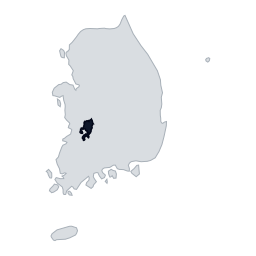 location of Wanju-gun, North Jeolla, South Korea
{"feature_id": "91817680B60221740281290", "entity_name": "Wanju-gun", "entity_type": "district", "adm_level": 2, "iso_a3": "KOR", "parent_name": "South Korea", "parent_adm1": "North Jeolla", "projection": "orthographic", "projection_center": [127.185, 35.873], "detail": "fine", "context": "in_parent", "style": "filled", "palette": "ink", "viewbox_px": 256, "rotation_deg": 0, "n_neighbors": 0, "source": "geoboundaries", "source_scale": "gbopen_adm2", "svg_char_len": 4711}
<svg xmlns="http://www.w3.org/2000/svg" viewBox="0 0 256 256"><path d="M68.2,50.5L69.3,49.7L69.3,48.6L69.4,44.9L72.2,42.3L76.3,37.1L78.3,34.2L80.6,31.5L83.3,29.7L85.8,28.8L89.9,28.5L97.7,28.8L99.2,28.5L104.6,28.2L105.9,28.6L109.8,28.9L114.2,28.5L116.4,27.7L118.4,26.4L120.1,24.0L121.9,19.5L123.8,16.0L125.0,15.4L133.2,33.8L141.0,45.7L147.7,54.3L157.4,70.8L160.4,79.7L160.8,85.2L162.5,92.8L161.3,97.2L161.8,104.1L161.3,107.7L160.2,110.3L160.3,115.3L160.7,118.0L160.8,121.5L161.6,122.9L162.7,123.4L164.4,122.1L166.5,121.5L166.3,125.8L164.0,136.6L161.9,144.6L159.0,151.5L155.2,157.8L150.6,160.4L147.4,161.3L141.1,161.7L135.9,160.8L131.4,161.6L129.6,162.9L128.3,165.2L129.4,168.6L129.3,171.2L127.3,171.0L123.5,169.6L119.3,169.4L117.3,168.7L115.3,165.1L113.3,165.2L109.8,167.4L104.4,167.9L102.5,169.1L101.8,170.6L102.6,172.6L105.4,175.1L104.5,177.6L101.6,178.9L99.3,175.8L97.9,172.7L96.3,172.6L93.8,173.4L93.3,176.8L94.5,179.0L96.4,181.7L93.7,184.7L93.0,186.8L91.1,188.4L85.9,185.0L86.7,182.5L88.9,180.2L89.2,177.7L88.5,176.3L81.1,182.4L76.5,189.4L74.1,188.9L73.0,187.1L71.6,186.3L66.7,190.8L65.7,194.4L63.9,194.5L63.1,193.0L63.1,189.8L62.3,187.0L57.2,183.0L54.9,179.5L56.2,177.6L60.4,178.7L63.8,178.6L63.1,176.9L62.0,176.1L64.3,175.2L66.2,173.3L64.6,172.8L62.2,173.9L60.3,173.3L59.5,168.8L57.2,164.1L56.0,159.6L58.4,157.0L59.6,152.9L61.8,147.1L62.9,145.2L66.0,143.8L67.0,142.3L65.4,141.5L62.7,140.8L62.8,139.1L64.6,138.2L66.7,136.4L70.6,134.1L71.8,129.8L70.7,128.8L68.3,127.7L68.8,125.6L69.8,123.9L69.5,122.9L66.6,120.1L64.7,117.6L65.3,114.7L64.9,110.3L65.2,106.6L65.1,104.6L63.7,100.1L63.1,95.6L61.3,96.3L59.8,97.4L54.5,95.8L52.9,95.6L52.3,92.3L54.2,88.2L58.7,84.6L61.2,84.2L63.2,82.6L66.2,82.1L69.8,84.6L73.0,85.1L74.8,89.4L75.9,90.3L76.2,88.7L78.8,86.9L79.4,85.5L78.9,84.8L75.9,84.0L73.2,78.7L72.8,76.4L71.8,74.9L73.3,70.7L70.2,65.9L68.7,64.4L68.9,60.1L67.3,57.3L66.4,55.8L65.9,53.2L66.4,52.0L67.8,51.6L68.2,50.5ZM56.5,239.7L55.0,240.6L53.5,240.1L53.1,239.6L51.4,237.2L51.0,236.0L52.1,233.7L57.0,229.9L69.4,226.3L71.6,226.2L76.5,227.8L77.5,230.7L76.6,233.3L75.5,235.0L69.8,237.8L65.4,239.2L56.5,239.7ZM139.4,174.0L136.2,176.7L131.9,173.3L130.8,171.4L134.1,168.6L136.8,165.4L138.6,165.1L139.4,174.0ZM116.4,174.0L116.0,178.1L113.6,178.3L112.2,175.7L110.7,177.0L109.8,177.0L108.6,173.8L108.4,171.2L111.2,169.3L112.9,170.4L115.4,171.0L116.4,174.0ZM53.7,192.1L51.5,192.7L50.3,191.3L49.4,190.9L50.0,189.0L53.6,185.3L54.3,184.1L57.6,184.9L58.8,186.8L57.2,189.8L53.7,192.1ZM64.5,52.3L64.3,57.8L62.5,57.6L61.3,57.0L60.8,55.9L59.6,50.8L61.0,48.7L63.6,50.4L64.5,52.3ZM51.8,177.1L51.3,178.1L49.8,177.8L48.3,174.9L47.7,172.6L46.2,171.4L48.6,169.4L51.7,173.0L51.8,177.1ZM60.7,104.0L60.2,106.7L58.0,104.9L57.4,99.0L59.7,100.7L60.7,104.0ZM209.3,60.8L207.8,62.1L206.0,60.9L205.7,59.6L206.6,58.4L208.7,57.7L209.8,58.6L209.3,60.8ZM71.5,193.3L72.1,195.3L69.3,194.9L67.9,193.0L68.1,191.4L69.7,191.2L71.5,193.3ZM107.3,182.0L107.0,183.3L105.2,181.4L106.9,179.2L107.3,182.0Z" fill="#d9dde1" stroke="#a8b0b8" stroke-width="1"/><path d="M91.3,119.2L90.6,119.8L90.4,119.9L89.9,120.3L89.6,120.4L89.2,120.4L88.7,120.5L88.5,120.8L88.8,121.5L87.8,121.3L87.5,120.8L86.8,120.8L86.5,120.9L86.1,121.4L85.5,121.5L84.9,121.3L84.6,121.8L84.2,122.2L84.6,122.5L84.5,123.0L84.1,123.4L84.2,123.8L84.5,124.1L84.3,124.7L83.9,125.2L83.9,126.0L83.9,126.5L83.4,127.1L83.3,127.6L83.0,127.9L82.6,128.2L82.1,128.1L81.6,128.0L81.2,128.2L81.3,129.0L81.5,129.1L81.9,129.3L82.4,129.0L83.0,129.2L83.5,129.1L84.1,128.8L85.0,129.0L85.3,129.2L85.4,129.7L85.6,130.2L85.8,130.5L86.3,130.8L86.9,130.6L87.1,131.2L87.1,132.1L87.7,132.3L88.2,132.5L87.9,133.0L87.6,133.3L87.3,133.7L86.9,134.3L86.5,134.3L86.0,133.9L85.6,134.0L85.3,134.5L85.0,134.7L84.5,134.9L84.0,135.0L83.6,135.5L83.4,136.0L83.0,136.3L82.8,136.7L82.5,137.0L82.4,137.5L82.4,138.2L82.4,138.3L83.0,138.9L83.3,139.4L83.3,140.0L83.6,140.4L84.1,140.3L84.3,140.1L84.8,139.6L84.5,138.6L84.5,137.7L84.9,136.9L85.4,136.5L85.9,136.1L86.2,135.9L86.8,136.1L87.2,136.6L87.6,136.8L88.1,137.5L88.4,137.8L88.7,137.6L88.7,136.9L88.9,136.4L88.7,136.0L88.4,135.5L88.4,135.1L88.6,134.8L89.2,134.2L89.4,133.9L89.7,133.5L90.1,133.1L90.4,132.9L90.5,132.4L90.8,131.9L90.9,131.7L91.1,131.1L91.1,130.5L91.1,129.8L91.4,129.2L91.4,128.9L91.5,128.7L91.8,128.6L92.1,127.9L92.1,127.1L92.0,126.8L91.9,126.3L91.9,125.9L92.0,125.5L92.3,125.4L92.5,125.1L92.5,124.7L92.6,124.1L93.3,123.9L93.1,123.7L92.9,123.2L92.6,122.6L92.5,122.0L92.3,121.1L92.1,120.3L91.7,119.7L91.3,119.5L91.3,119.2ZM80.5,130.3L80.4,131.2L80.1,131.5L80.0,132.3L80.3,132.7L80.9,133.0L81.1,133.3L81.4,133.3L82.4,133.3L82.4,133.2L82.6,132.7L82.3,132.4L82.2,131.7L82.2,131.4L81.9,131.0L81.3,130.8L80.7,130.6L80.5,130.3Z" fill="#0f172a" stroke="#020617" stroke-width="1.5"/></svg>